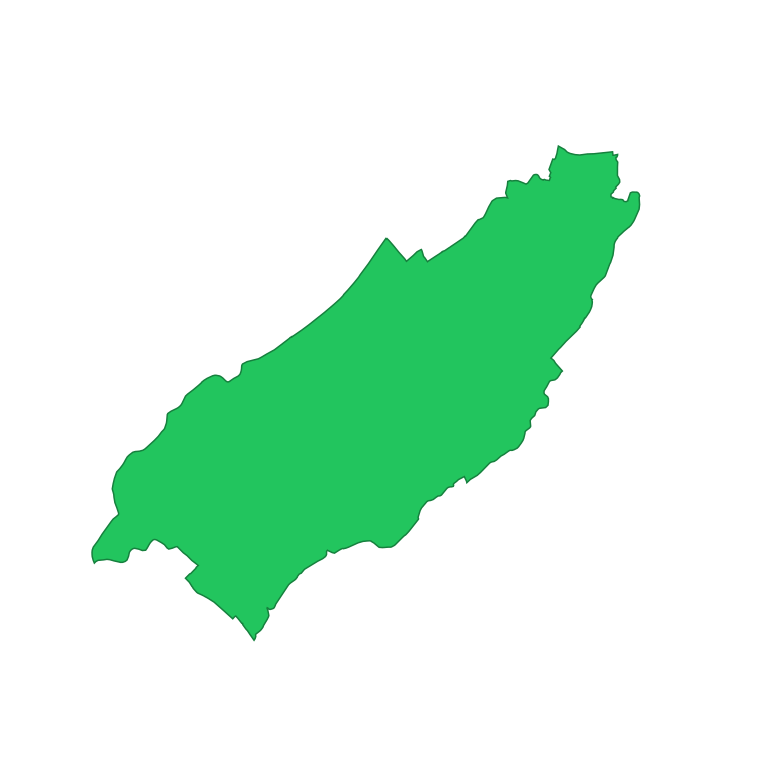 Maliuc, Tulcea, Romania, rotated 132°
{"feature_id": "2599482B10791122672242", "entity_name": "Maliuc", "entity_type": "district", "adm_level": 2, "iso_a3": "ROU", "parent_name": "Romania", "parent_adm1": "Tulcea", "projection": "natural_earth1", "projection_center": [29.072, 45.185], "detail": "fine", "context": "isolated", "style": "filled", "palette": "green", "viewbox_px": 768, "rotation_deg": 132, "n_neighbors": 0, "source": "geoboundaries", "source_scale": "gbopen_adm2", "svg_char_len": 6103}
<svg xmlns="http://www.w3.org/2000/svg" viewBox="0 0 768 768"><g transform="rotate(132 384 384)"><path d="M661.4,309.1L659.5,309.4L657.5,310.3L656.1,311.8L655.2,311.8L650.6,311.0L648.8,310.9L645.9,311.2L643.8,312.0L637.1,313.3L634.3,314.1L633.2,314.6L632.2,315.8L629.8,319.1L628.9,320.9L628.4,321.1L628.2,320.4L628.2,318.5L627.5,317.6L625.2,316.2L623.8,315.9L621.7,316.5L619.9,317.2L597.0,320.6L594.6,320.4L589.5,319.2L588.1,319.0L585.6,319.2L584.7,319.6L582.0,319.8L579.9,318.9L575.6,319.1L574.5,319.0L560.1,314.7L554.9,312.7L551.7,312.1L550.4,312.2L549.2,312.6L546.8,314.7L545.4,314.8L545.2,313.9L543.9,309.6L542.8,307.6L537.3,306.1L534.6,305.1L533.7,304.5L533.6,304.0L531.5,302.5L528.8,301.1L519.4,297.0L515.0,294.3L511.7,291.3L510.0,289.6L509.4,288.5L509.5,288.1L508.9,285.1L508.7,279.1L508.6,278.3L506.7,275.8L505.5,274.6L502.7,272.0L500.6,269.7L499.3,269.1L497.0,268.3L495.9,268.1L485.6,267.6L482.4,267.3L482.0,267.0L479.4,266.9L476.5,266.9L461.5,267.9L461.1,268.1L460.5,269.2L460.0,269.6L453.8,272.5L450.8,273.2L444.1,273.4L443.0,273.5L441.2,273.0L439.3,271.4L436.8,270.1L432.9,269.4L430.9,268.8L429.7,267.6L428.1,267.0L419.6,267.4L418.2,267.2L416.5,266.3L415.1,264.9L413.7,264.0L412.9,264.3L412.0,265.4L410.9,265.5L407.8,264.9L405.2,264.7L399.1,262.4L401.0,257.7L401.9,256.4L397.1,256.0L389.5,253.6L385.0,253.1L371.9,252.6L370.1,252.0L367.8,250.3L365.0,249.5L359.3,248.9L355.9,247.7L350.4,246.5L349.0,246.0L347.6,244.4L345.9,243.4L342.6,242.1L340.6,242.0L335.8,242.5L333.0,243.0L330.8,243.8L326.4,246.2L325.2,247.1L323.9,247.3L319.2,246.4L317.7,246.5L317.1,246.9L313.4,250.9L312.0,251.2L310.4,251.3L306.6,250.9L303.0,252.5L299.1,252.6L297.8,252.0L293.3,248.1L290.1,247.9L287.1,250.0L284.9,252.0L284.0,253.9L284.2,257.6L284.0,258.5L283.2,259.5L281.8,260.5L277.1,261.3L271.6,262.7L270.9,262.7L269.8,262.3L266.7,259.9L266.0,259.6L263.4,259.2L259.3,259.7L257.3,260.3L255.0,260.1L253.8,270.5L252.9,273.4L252.9,275.3L253.1,277.3L241.0,277.5L238.7,277.3L230.5,277.3L215.8,276.3L210.4,276.4L210.1,277.2L206.7,277.5L203.0,278.2L202.9,278.5L201.2,278.6L201.1,279.0L200.5,279.0L200.4,278.6L199.5,278.6L193.2,279.5L190.7,280.2L187.5,281.4L185.5,282.7L183.7,284.0L182.5,285.6L181.9,285.6L181.8,286.8L181.2,288.3L180.8,288.8L179.6,289.5L172.3,291.8L168.5,292.6L165.9,292.6L157.3,291.8L155.6,291.9L143.9,296.5L141.9,297.0L135.1,300.0L128.5,304.5L126.5,306.2L124.7,307.1L123.3,307.6L121.1,308.0L119.4,308.1L118.0,308.6L109.7,307.9L104.3,307.1L103.7,306.9L100.8,306.7L96.3,307.3L94.0,307.9L83.4,311.4L79.7,314.1L74.8,319.1L73.3,319.8L72.9,320.2L72.0,322.0L71.9,323.6L72.3,324.5L75.2,327.9L77.1,328.8L84.0,325.9L84.6,325.4L86.0,325.9L86.5,326.0L87.7,327.8L87.3,329.9L88.4,331.6L89.7,332.9L91.8,336.7L92.1,338.2L92.8,338.2L92.9,338.4L92.3,338.8L93.0,340.6L91.1,342.3L87.8,342.0L86.7,342.7L83.2,342.5L82.7,343.6L78.4,343.5L76.2,343.9L74.5,345.7L72.9,350.0L66.4,355.8L62.7,358.8L62.2,361.0L61.9,361.8L60.5,363.2L59.5,362.8L58.0,363.3L57.1,364.0L60.0,366.1L60.8,366.9L58.5,369.5L72.6,382.2L76.9,386.7L82.9,391.8L85.7,395.5L88.2,400.1L89.1,403.0L88.9,406.6L90.5,413.6L93.8,411.7L97.0,409.7L100.3,408.2L101.1,407.7L103.1,407.6L103.9,409.1L114.2,404.9L115.3,401.5L119.0,400.1L118.9,399.0L119.1,398.4L119.9,398.3L122.1,397.3L124.2,400.2L124.6,401.6L125.6,402.3L125.9,402.2L126.6,404.0L126.8,405.6L126.6,406.6L126.0,408.1L125.8,409.5L126.0,410.5L126.7,411.4L127.8,412.3L128.8,412.7L138.4,411.6L140.4,412.2L141.4,415.2L143.3,420.3L144.7,422.3L147.6,424.9L148.2,426.2L150.6,427.6L153.9,425.2L160.2,421.7L160.8,421.1L163.0,416.7L164.2,418.8L170.3,424.5L170.7,424.8L175.0,426.0L175.9,426.1L182.3,424.7L189.4,422.5L192.8,421.7L194.2,421.6L198.3,423.3L198.6,423.8L199.1,424.0L203.1,424.0L219.7,422.3L219.8,422.7L222.5,422.7L231.1,424.8L244.3,428.1L245.3,428.6L245.6,428.9L246.9,429.3L246.9,429.1L263.3,433.4L264.0,433.5L262.8,438.6L262.8,439.8L260.1,444.1L259.3,445.5L259.1,446.3L263.6,447.9L269.4,448.3L277.8,449.4L277.1,452.4L276.2,460.8L274.8,469.8L274.0,476.4L273.9,479.0L274.6,478.9L274.6,480.0L288.8,478.3L304.9,476.1L318.8,474.8L321.6,474.3L329.5,473.9L338.2,473.7L344.6,473.8L344.8,473.6L346.2,473.5L350.1,473.6L357.8,474.4L370.5,476.1L390.7,479.5L399.1,481.2L410.8,484.0L410.6,484.3L412.6,484.9L413.1,484.8L417.0,485.5L431.9,488.3L439.6,491.0L446.0,493.0L449.3,494.2L459.0,500.7L463.8,502.5L464.5,502.4L465.7,501.9L468.1,500.0L470.0,498.8L472.3,497.8L473.5,497.5L475.8,497.7L480.5,499.4L485.6,500.6L486.5,501.0L487.0,501.5L487.4,502.3L487.6,503.7L487.4,507.9L487.7,510.5L488.2,511.9L490.0,514.8L491.0,515.8L492.7,516.9L498.1,519.2L501.6,520.2L504.8,520.7L505.3,520.5L509.1,520.9L516.1,521.9L523.0,523.2L525.8,523.4L533.6,521.1L535.4,520.8L536.7,520.8L539.1,521.1L541.0,521.7L546.9,524.1L550.5,524.9L551.7,524.6L556.6,520.9L558.7,519.5L563.8,517.3L565.2,517.1L568.5,517.2L573.9,516.7L579.5,516.9L590.1,517.9L592.4,518.2L594.5,518.8L597.6,520.8L600.7,523.7L602.8,525.0L607.1,525.8L609.9,526.0L613.0,525.4L616.1,524.6L618.9,524.1L623.8,523.7L628.0,523.8L628.9,523.5L634.4,521.2L639.2,518.6L642.4,516.6L643.7,515.8L644.3,515.0L645.7,512.7L647.0,510.8L648.8,508.9L652.2,504.6L654.9,499.4L657.6,494.7L658.8,493.9L662.1,494.3L665.6,494.9L668.7,494.7L684.2,493.0L691.5,491.7L699.7,490.9L702.6,489.7L704.4,488.4L706.3,486.6L707.6,485.2L709.6,482.1L710.9,479.4L708.7,479.3L706.4,478.5L702.4,474.8L699.7,472.6L698.0,470.2L696.1,466.3L692.8,460.4L691.4,458.9L689.0,457.6L686.7,457.2L682.9,458.6L680.2,460.2L678.8,460.8L676.5,460.9L674.6,460.5L673.0,459.5L670.8,455.7L669.4,452.1L667.0,449.9L664.5,450.2L660.0,451.2L658.0,451.5L655.2,451.4L654.1,451.2L653.4,450.8L652.8,450.1L652.1,448.9L650.9,443.6L650.3,439.7L651.0,435.4L650.7,433.5L647.7,431.5L644.3,429.8L643.2,428.8L643.7,420.2L643.3,415.4L643.7,408.8L643.1,400.6L646.1,400.9L646.6,400.5L654.3,400.8L655.1,401.3L661.2,401.6L661.6,395.9L663.0,391.1L663.0,390.4L663.6,388.9L664.1,383.8L664.0,382.5L662.6,378.1L661.1,372.0L659.8,364.4L659.7,352.9L659.7,339.3L657.1,339.3L656.0,339.1L655.6,338.8L655.9,335.9L657.0,329.5L656.5,328.9L656.8,328.4L657.2,328.2L657.4,327.7L658.5,322.7L658.7,320.4L659.9,315.7L661.4,309.1Z" fill="#22c55e" stroke="#15803d" stroke-width="1.5"/></g></svg>